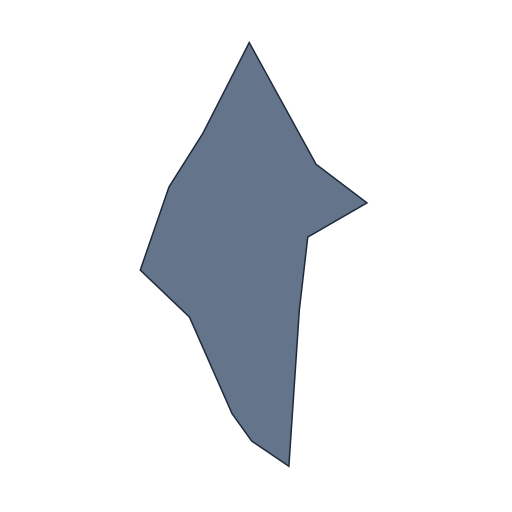 the Municipality of Stopinu, rotated 263°
{"feature_id": "LVA-5780", "entity_name": "Stopinu", "entity_type": "Municipality", "adm_level": 1, "iso_a3": "LVA", "parent_name": "Latvia", "parent_adm1": "", "projection": "natural_earth1", "projection_center": [24.31, 56.933], "detail": "fine", "context": "isolated", "style": "filled", "palette": "slate", "viewbox_px": 512, "rotation_deg": 263, "n_neighbors": 0, "source": "natural_earth", "source_scale": "10m", "svg_char_len": 324}
<svg xmlns="http://www.w3.org/2000/svg" viewBox="0 0 512 512"><g transform="rotate(263 256 256)"><path d="M43.3,263.0L72.8,229.2L102.5,213.0L203.5,182.5L256.1,139.4L335.2,178.1L384.1,218.1L468.7,275.3L339.7,326.8L295.2,372.6L268.5,309.7L197.4,292.5L43.3,263.0Z" fill="#64748b" stroke="#1e293b" stroke-width="1.5"/></g></svg>